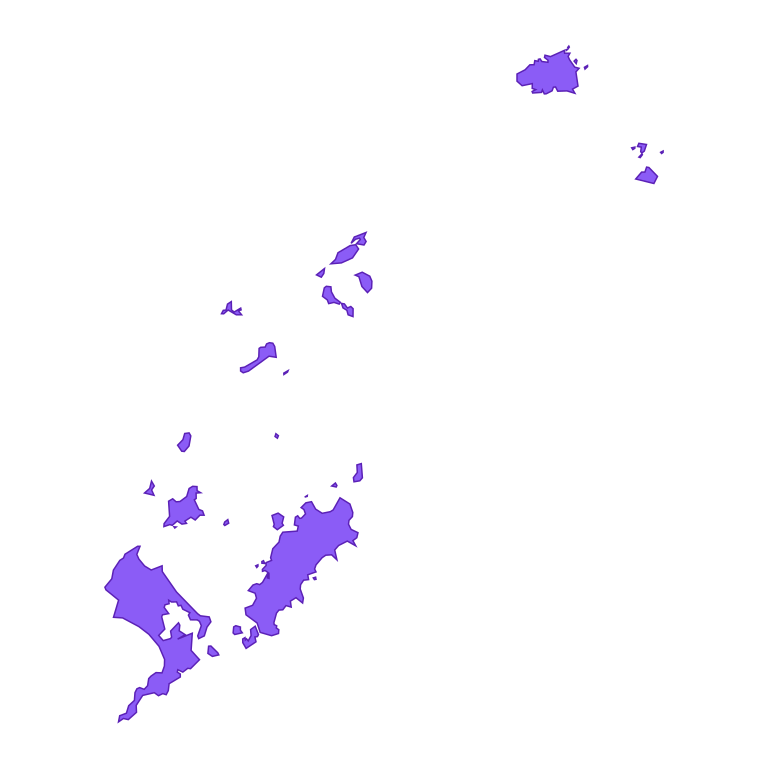 Co To, Vietnam
{"feature_id": "81297802B76384767601248", "entity_name": "Co To", "entity_type": "district", "adm_level": 2, "iso_a3": "VNM", "parent_name": "Vietnam", "parent_adm1": "", "projection": "robinson", "projection_center": [107.847, 21.097], "detail": "fine", "context": "isolated", "style": "filled", "palette": "violet", "viewbox_px": 768, "rotation_deg": 0, "n_neighbors": 0, "source": "geoboundaries", "source_scale": "gbopen_adm2", "svg_char_len": 6095}
<svg xmlns="http://www.w3.org/2000/svg" viewBox="0 0 768 768"><path d="M151.2,570.0L144.6,566.0L138.9,559.1L136.8,554.4L140.0,546.3L137.6,546.3L125.0,554.2L123.5,558.0L119.8,560.4L113.4,570.1L111.8,578.8L104.9,587.2L105.9,589.8L118.6,600.1L113.5,617.3L122.6,617.9L138.9,626.6L148.9,634.3L159.0,646.3L164.6,659.4L164.4,666.1L162.0,672.9L156.0,672.6L150.9,676.2L148.7,678.6L147.6,685.7L144.2,689.3L139.6,687.6L136.9,688.8L135.0,692.6L134.4,700.4L128.7,705.7L126.4,713.2L119.7,715.7L118.5,721.9L123.4,718.5L128.3,719.6L136.5,712.3L136.2,705.4L142.7,695.4L154.3,692.7L158.5,695.7L162.8,693.6L166.2,694.7L168.3,690.6L169.1,683.7L180.3,677.0L180.3,674.0L177.3,672.1L177.8,669.7L182.8,672.1L187.8,668.3L190.5,668.7L199.5,659.7L191.1,650.4L192.3,633.2L177.6,639.1L185.2,634.7L179.2,630.8L179.8,625.2L178.5,622.8L170.6,631.1L171.6,637.1L170.5,638.6L163.2,640.6L158.7,635.4L164.8,629.1L161.7,616.8L162.5,614.8L168.7,613.6L164.2,607.5L165.0,604.8L169.1,603.7L168.7,600.2L171.5,602.0L176.6,601.9L178.3,605.9L181.0,605.3L182.8,609.2L189.9,612.7L188.4,615.1L190.5,619.8L197.3,619.9L199.5,621.4L201.3,625.7L197.7,635.9L198.7,638.6L204.3,635.9L207.0,627.1L210.9,621.8L209.2,616.9L200.4,615.8L197.5,613.6L176.5,592.0L162.3,571.6L162.1,565.8L151.2,570.0ZM352.8,512.5L349.9,504.0L340.0,497.8L333.2,509.9L330.3,511.7L322.2,513.3L315.6,509.1L311.5,501.7L305.9,502.8L301.1,507.6L303.9,509.5L305.5,513.9L301.5,518.1L299.7,518.4L297.7,515.8L295.4,517.2L294.4,524.9L298.3,526.1L297.2,531.1L282.8,532.2L280.2,536.2L279.0,542.1L272.8,548.7L270.6,557.8L271.6,560.4L266.1,562.6L266.1,565.5L262.4,569.4L262.5,571.3L265.1,570.5L268.9,573.2L269.0,578.4L267.4,577.9L267.8,573.1L262.5,582.4L259.7,584.6L256.7,583.7L253.0,585.0L248.3,590.6L255.1,593.2L256.5,598.2L252.6,605.3L245.1,608.1L246.0,614.8L257.1,623.0L260.2,632.4L271.6,635.7L278.5,633.5L278.8,629.7L276.3,628.0L276.7,625.8L274.2,624.6L273.9,622.6L276.5,613.1L278.9,610.1L282.8,609.8L286.0,605.6L291.2,607.1L290.4,601.1L296.0,597.7L302.6,603.0L303.4,598.0L300.2,589.0L300.6,584.7L303.6,580.2L308.6,579.6L307.7,574.8L316.0,571.9L314.6,569.0L316.0,564.9L322.1,557.7L325.7,555.2L331.6,554.8L336.9,559.8L334.7,550.0L338.6,545.5L347.3,541.1L355.7,545.8L352.9,540.6L356.8,537.7L358.0,532.7L351.1,529.4L348.5,524.2L349.0,520.3L352.4,516.6L352.8,512.5ZM564.6,53.2L564.3,50.4L550.5,56.6L545.0,55.2L544.5,57.5L548.0,60.2L547.9,62.3L541.8,61.5L540.1,58.9L538.4,59.3L538.2,61.3L534.8,60.6L534.1,64.7L529.9,64.8L525.1,69.8L517.0,74.0L517.0,81.2L522.1,85.7L532.3,83.6L532.2,88.4L535.7,89.6L532.1,91.5L532.7,93.0L541.5,92.4L542.4,89.9L544.3,93.9L546.2,93.8L552.1,90.8L553.4,87.2L555.6,87.0L557.7,91.2L567.0,90.9L574.9,93.3L572.5,89.1L578.0,86.1L575.9,71.9L579.1,68.3L574.7,67.1L569.6,59.8L568.1,56.5L569.9,53.2L564.6,53.2ZM200.6,492.7L197.1,490.7L197.0,486.6L192.7,486.3L189.1,488.5L186.7,496.5L180.0,501.5L176.1,501.8L172.7,498.8L168.6,501.2L169.6,516.4L164.1,523.6L163.9,526.6L169.8,524.6L172.3,525.3L177.2,521.0L181.9,524.1L186.5,523.4L184.9,521.1L190.9,517.2L195.2,520.0L199.9,515.2L204.1,515.2L202.5,510.9L198.8,509.4L194.3,499.8L196.2,498.5L196.1,493.1L200.6,492.7ZM274.7,346.5L272.8,343.2L269.4,342.7L266.6,343.9L265.1,347.1L260.7,347.3L259.1,348.4L258.8,356.8L257.1,359.9L244.6,367.1L240.6,367.8L240.6,371.0L243.2,372.8L248.5,371.1L269.0,356.2L276.2,357.3L274.7,346.5ZM355.7,244.7L350.1,245.6L338.0,252.7L335.5,259.4L330.9,263.8L341.4,262.9L352.5,257.9L358.6,249.0L355.7,244.7ZM369.8,276.2L362.2,272.2L355.2,275.1L358.9,276.7L361.9,286.5L367.5,292.6L371.6,288.2L371.9,281.2L369.8,276.2ZM657.5,176.4L648.9,167.5L646.6,167.1L644.9,172.1L641.6,172.1L635.7,179.0L653.9,183.5L657.5,176.4ZM340.3,302.3L334.8,298.1L331.4,291.8L330.9,286.8L326.3,286.3L324.3,287.9L322.5,296.3L327.3,299.9L328.7,303.6L334.0,302.4L339.2,304.1L340.3,302.3ZM258.5,634.6L255.2,626.2L250.6,629.6L251.1,635.6L248.2,640.9L246.5,638.8L245.3,640.0L245.0,637.6L242.7,639.0L242.8,642.7L246.1,648.4L256.0,641.8L254.9,637.0L257.4,636.6L258.5,634.6ZM184.3,451.5L189.0,446.0L190.8,435.9L189.1,432.9L184.7,433.5L182.9,439.7L177.6,445.2L181.7,451.2L184.3,451.5ZM283.7,516.9L278.1,513.1L272.0,515.5L274.2,524.3L273.4,526.6L277.3,529.7L283.4,525.3L282.1,523.3L283.7,516.9ZM361.3,463.6L356.9,464.9L357.3,472.5L353.4,477.6L354.0,481.8L359.8,480.8L362.4,477.8L361.3,463.6ZM363.8,237.5L366.0,232.5L354.3,237.0L351.1,243.3L355.6,239.2L359.6,238.2L360.3,239.5L356.5,243.7L364.0,245.0L366.1,241.5L363.8,237.5ZM231.5,309.9L231.3,301.6L227.5,304.1L226.0,310.1L223.3,310.3L221.5,313.7L223.7,313.8L228.1,310.0L236.3,314.8L241.6,314.8L238.4,310.8L241.1,309.9L240.7,308.1L234.2,312.0L231.5,309.9ZM347.4,308.0L344.4,303.9L341.5,303.4L343.0,307.9L346.9,310.3L348.1,314.8L353.0,316.6L353.1,308.7L350.8,306.5L347.4,308.0ZM212.4,656.4L218.8,654.9L217.8,652.8L210.9,646.0L208.6,646.2L207.9,653.4L212.4,656.4ZM234.7,634.5L242.3,632.8L240.4,630.2L240.4,627.0L235.8,625.7L233.7,626.9L233.1,632.9L234.7,634.5ZM154.0,495.3L151.6,489.9L154.3,486.0L151.5,481.1L149.7,488.4L144.5,493.0L154.0,495.3ZM646.5,144.5L638.9,143.3L637.5,146.5L641.3,147.1L640.7,151.7L641.8,153.0L644.3,151.1L646.5,144.5ZM323.8,273.5L324.5,268.5L316.5,274.9L321.3,277.2L323.8,273.5ZM224.8,525.5L228.7,523.2L227.8,519.6L224.7,522.0L223.8,524.5L224.8,525.5ZM277.4,438.2L278.4,435.7L275.9,433.7L275.0,436.5L277.4,438.2ZM336.9,485.5L335.4,483.0L331.7,486.0L336.2,487.0L336.9,485.5ZM576.2,63.6L577.0,60.5L576.0,59.3L574.1,61.1L576.2,63.6ZM283.9,374.5L287.5,372.1L288.1,370.6L283.8,373.1L283.9,374.5ZM264.7,563.5L263.5,560.7L261.9,561.5L261.9,563.2L264.7,563.5ZM585.0,69.1L587.6,66.7L587.5,65.5L584.4,67.3L585.0,69.1ZM632.8,149.6L634.8,148.3L634.9,147.1L631.7,147.8L632.8,149.6ZM316.0,579.3L315.6,577.2L313.3,577.9L314.4,579.6L316.0,579.3ZM640.2,157.6L642.4,154.7L642.0,153.9L638.9,157.1L640.2,157.6ZM661.6,153.5L663.1,152.4L663.1,151.0L660.6,152.3L661.6,153.5ZM256.8,567.5L258.0,566.1L257.9,564.8L255.7,565.8L256.8,567.5ZM304.7,497.1L307.2,496.4L307.3,495.5L304.7,497.1ZM174.8,528.0L176.1,527.0L174.0,526.8L174.8,528.0ZM566.2,50.5L567.9,49.2L566.0,49.7L566.2,50.5ZM568.3,48.5L569.3,47.1L568.8,46.1L567.7,47.5L568.3,48.5Z" fill="#8b5cf6" stroke="#5b21b6" stroke-width="1.5"/></svg>